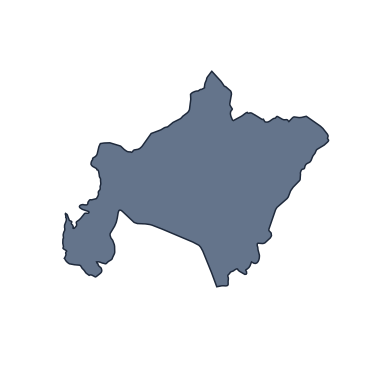 the border of Potosí, rotated 228°
{"feature_id": "BOL-1939", "entity_name": "Potosí", "entity_type": "Department", "adm_level": 1, "iso_a3": "BOL", "parent_name": "Bolivia", "parent_adm1": "", "projection": "robinson", "projection_center": [-66.321, -20.376], "detail": "fine", "context": "isolated", "style": "filled", "palette": "slate", "viewbox_px": 384, "rotation_deg": 228, "n_neighbors": 0, "source": "natural_earth", "source_scale": "10m", "svg_char_len": 5901}
<svg xmlns="http://www.w3.org/2000/svg" viewBox="0 0 384 384"><g transform="rotate(228 192 192)"><path d="M104.1,174.3L104.5,174.2L105.0,173.7L105.2,173.1L105.6,171.2L105.6,170.1L106.6,167.5L106.7,166.7L106.7,166.4L106.5,166.1L106.3,165.3L106.2,163.7L106.2,163.3L105.8,162.5L105.3,162.2L103.8,161.5L103.0,160.8L101.5,159.1L99.2,157.1L98.8,156.4L98.9,155.4L99.6,154.3L101.6,152.3L102.4,151.3L105.0,147.0L118.8,152.5L140.9,160.5L145.3,161.5L147.8,161.5L154.3,159.1L184.0,145.2L194.0,140.2L195.9,139.0L199.4,136.1L205.1,130.3L207.2,129.1L208.3,128.6L218.4,127.8L224.3,127.3L225.8,127.0L226.3,126.7L226.8,126.3L227.0,125.9L227.1,125.3L226.2,123.5L222.6,119.0L220.2,115.5L218.4,111.6L216.1,104.0L215.9,103.4L215.3,102.7L214.6,102.1L212.1,101.0L209.1,100.7L204.8,99.0L203.4,98.1L199.3,94.6L198.8,94.1L198.5,93.7L198.1,93.1L196.4,89.0L195.8,88.0L195.7,87.7L195.7,87.0L195.7,86.4L196.2,83.9L196.3,83.2L196.3,82.3L196.2,80.5L196.3,80.1L196.4,79.8L197.0,79.3L198.0,78.7L199.2,77.8L201.4,76.7L202.8,75.7L203.9,74.3L202.8,73.9L201.7,74.0L201.3,73.9L200.3,73.4L199.8,73.3L198.5,73.3L197.2,73.6L196.6,73.6L196.0,73.5L194.4,72.7L193.9,72.3L193.5,71.8L193.2,71.3L193.0,70.6L192.9,69.3L193.2,64.2L193.6,63.3L196.9,62.1L197.5,61.8L198.0,61.4L198.5,60.9L198.9,59.8L202.2,59.1L203.3,59.0L204.1,59.2L206.0,59.4L208.9,59.3L211.3,59.8L211.9,59.8L212.3,59.7L212.9,59.4L216.7,55.9L220.6,52.9L221.2,52.7L222.5,52.4L224.4,52.2L226.1,52.4L227.2,52.7L228.2,52.7L228.4,53.7L229.0,55.1L229.7,56.3L230.3,56.9L230.8,57.0L231.3,57.4L231.6,57.9L231.9,59.3L232.4,59.4L235.6,58.5L236.6,58.5L237.5,60.0L240.4,61.7L243.4,64.6L243.7,65.6L244.6,66.3L246.3,67.5L247.4,69.0L248.0,70.0L248.6,71.6L249.3,72.4L250.1,73.1L250.9,73.5L252.6,75.1L254.7,79.1L256.2,80.8L256.5,80.9L257.2,81.0L257.5,81.1L257.8,81.3L258.2,81.9L259.9,82.9L260.3,83.0L260.5,83.2L260.7,83.7L259.1,84.1L258.3,84.0L257.2,83.5L253.6,82.1L253.2,81.9L252.4,82.0L251.1,82.7L250.8,82.8L250.5,82.8L250.2,82.6L250.0,82.4L249.7,81.6L249.5,81.4L249.3,81.2L249.0,81.1L248.7,81.0L247.3,81.1L246.9,81.0L246.4,80.7L246.2,80.6L245.6,80.5L245.4,80.4L245.3,80.2L245.1,79.7L244.8,79.4L244.6,79.5L244.3,79.6L244.0,79.8L243.9,80.0L243.8,80.5L244.0,82.5L244.1,83.0L244.1,83.3L244.3,83.6L244.7,84.2L245.1,84.6L245.4,84.8L246.4,85.3L246.9,85.7L247.1,86.1L247.1,86.7L246.8,89.4L246.9,91.7L247.9,97.7L247.9,97.9L247.7,98.4L247.3,98.9L246.2,100.0L245.8,100.5L245.7,100.8L245.6,101.1L245.6,101.5L245.8,101.8L246.1,102.0L246.4,102.1L246.9,102.0L252.1,99.1L253.1,98.7L255.2,98.2L255.5,98.2L256.3,98.4L256.5,98.6L256.7,98.9L256.8,99.2L256.9,99.8L256.8,100.4L256.6,101.0L256.1,101.9L255.8,102.4L255.5,102.7L254.7,103.2L253.0,104.9L252.8,105.4L252.8,105.9L252.9,106.4L253.0,106.8L253.9,107.7L254.1,108.2L254.3,108.9L254.4,109.6L254.6,110.5L254.4,111.1L253.8,111.7L253.4,112.1L251.4,115.8L251.1,116.5L251.1,116.8L252.0,119.5L252.8,120.9L254.3,122.0L254.7,122.4L254.9,122.8L255.1,123.5L255.3,125.0L255.6,125.7L256.3,126.4L257.6,127.4L258.7,129.2L259.2,129.8L261.6,131.6L262.3,132.3L263.1,132.9L265.2,133.4L266.0,133.9L266.8,134.5L269.7,136.3L270.9,136.8L271.8,136.4L272.2,136.2L272.4,136.3L272.6,136.6L273.7,136.6L277.5,135.3L278.9,135.2L280.2,135.5L281.0,136.3L281.8,137.4L282.3,138.6L282.5,139.8L283.0,140.1L283.5,140.9L283.5,141.4L283.4,141.9L283.2,142.8L283.0,144.0L283.1,145.0L283.3,146.1L283.8,147.1L287.9,153.0L288.9,155.2L289.3,156.3L287.2,159.5L283.5,163.9L274.4,169.4L273.6,169.7L268.6,170.1L267.6,170.4L266.1,170.7L265.0,171.2L264.0,172.0L263.2,172.9L263.0,173.0L262.8,173.2L262.3,173.3L262.0,173.5L261.9,173.8L261.8,175.0L261.9,175.3L262.1,176.3L261.9,177.2L260.1,180.1L259.8,180.6L259.3,182.4L259.3,182.9L259.3,184.9L259.5,186.1L262.8,200.8L259.1,210.2L258.9,211.1L258.3,214.3L258.0,215.2L256.7,217.5L256.4,224.5L254.3,232.2L254.2,233.4L254.2,234.1L254.5,235.6L254.0,241.4L254.1,242.8L254.1,243.1L254.9,245.2L261.7,253.1L265.6,256.3L265.7,258.1L265.6,258.6L265.5,259.3L264.7,261.6L264.0,262.9L263.4,263.7L263.2,263.8L263.0,264.2L262.9,264.7L262.7,266.3L262.6,266.8L261.9,267.7L261.6,268.6L261.1,271.1L261.6,271.4L262.0,271.7L262.2,272.0L262.8,272.8L263.3,273.3L263.6,273.7L264.4,275.0L265.6,277.6L266.2,278.5L266.7,279.1L267.2,280.7L268.5,287.3L268.5,287.5L254.9,287.6L252.4,287.3L249.1,286.8L248.6,286.9L248.2,287.3L247.8,287.5L241.2,288.3L239.7,287.8L238.3,286.8L232.2,279.0L231.1,278.3L226.7,277.5L226.5,277.2L225.9,274.5L224.4,272.8L222.3,271.6L218.3,270.2L217.4,270.5L215.2,279.6L214.7,284.8L214.5,285.6L214.2,286.3L213.9,286.2L213.3,286.3L212.9,286.6L212.5,287.0L212.2,287.6L212.0,288.1L210.8,289.1L204.5,291.1L198.9,292.7L198.7,293.0L198.5,293.7L198.2,293.8L197.4,293.5L196.5,293.4L196.0,293.2L195.4,293.2L194.8,293.5L193.7,294.5L193.1,295.6L192.7,296.9L192.2,301.0L191.8,302.3L191.2,303.1L191.1,303.5L191.4,305.2L191.3,305.7L190.8,306.1L185.4,307.9L184.1,308.7L183.2,309.8L182.7,310.5L182.1,311.0L181.4,311.2L180.3,311.1L179.5,311.1L179.9,316.3L179.8,317.5L179.3,318.3L175.6,321.4L174.2,323.2L171.8,327.6L156.7,331.1L154.9,331.5L151.6,331.8L144.2,331.3L142.6,330.7L142.3,330.3L141.2,328.6L139.1,328.2L138.6,327.4L138.4,326.0L138.4,321.7L140.0,313.4L139.9,312.4L138.5,309.3L138.0,306.5L137.6,305.3L135.8,301.7L135.5,300.5L135.4,299.4L136.3,296.0L136.2,294.9L135.8,293.6L134.4,291.5L134.3,290.9L134.4,290.4L135.0,289.4L135.2,288.9L135.0,287.7L134.4,286.4L133.6,285.2L132.6,284.5L130.3,282.1L129.1,280.9L128.7,280.3L128.5,279.5L127.9,270.4L126.9,266.1L123.9,260.2L123.5,258.3L123.7,244.8L123.0,242.4L113.0,224.4L112.2,223.5L111.2,223.3L109.1,223.4L108.5,223.3L106.3,221.8L105.5,219.5L105.4,212.3L105.8,211.0L106.5,209.9L109.8,206.8L109.8,205.8L108.4,204.5L107.1,204.0L104.9,202.4L99.9,199.8L98.9,198.9L97.8,197.7L96.8,196.2L96.1,194.5L95.9,192.8L96.4,191.4L97.5,190.4L100.2,189.4L98.3,185.7L97.8,183.8L97.8,181.7L98.1,180.1L97.9,179.5L96.3,179.2L94.9,178.1L94.7,177.1L95.5,176.1L101.4,174.2L102.9,174.0L103.6,174.1L104.1,174.3Z" fill="#64748b" stroke="#1e293b" stroke-width="1.5"/></g></svg>